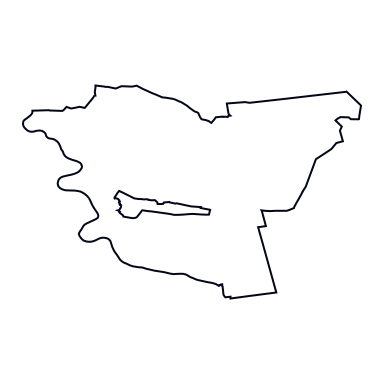 Piltenes pag., Ventspils, Latvia (Natural Earth projection)
{"feature_id": "27541924B30234976546427", "entity_name": "Piltenes pag.", "entity_type": "district", "adm_level": 2, "iso_a3": "LVA", "parent_name": "Latvia", "parent_adm1": "Ventspils", "projection": "natural_earth1", "projection_center": [21.694, 57.236], "detail": "fine", "context": "isolated", "style": "outline", "palette": "ink", "viewbox_px": 384, "rotation_deg": 0, "n_neighbors": 0, "source": "geoboundaries", "source_scale": "gbopen_adm2", "svg_char_len": 5693}
<svg xmlns="http://www.w3.org/2000/svg" viewBox="0 0 384 384"><path d="M197.8,280.0L205.5,281.7L208.3,282.3L211.0,282.7L214.2,283.5L215.1,283.8L215.9,284.1L217.5,285.0L218.6,285.8L219.2,285.7L219.8,285.4L219.7,285.0L220.5,284.8L221.1,284.4L222.2,284.3L222.2,286.2L222.7,286.7L222.7,288.2L222.9,288.8L223.4,294.1L223.6,294.9L223.9,295.5L225.3,297.3L230.5,296.7L230.5,298.5L249.2,296.0L276.3,292.5L275.3,288.9L262.4,242.4L260.6,236.0L259.5,232.3L258.8,229.4L258.1,227.2L265.9,226.1L262.5,213.5L261.8,210.7L261.6,210.4L265.1,210.8L270.0,211.1L275.5,210.8L286.4,210.8L287.5,210.6L289.9,209.7L293.9,208.1L294.3,206.8L296.3,203.1L299.1,198.3L303.0,191.1L302.9,191.1L305.8,186.6L315.9,159.2L326.8,152.1L331.3,149.1L336.4,143.0L342.9,141.3L339.9,130.7L341.8,126.6L336.4,121.3L336.1,121.1L335.5,120.4L338.1,118.3L340.6,117.1L348.8,117.4L350.9,119.2L358.4,119.3L358.5,119.1L359.0,119.0L359.4,115.5L361.0,105.6L360.5,105.0L346.5,91.6L346.2,91.8L342.6,92.2L280.1,99.4L249.6,102.8L245.0,102.1L226.8,103.5L228.5,113.6L228.6,113.9L228.9,114.3L230.3,115.6L228.3,115.9L227.7,117.0L225.2,116.7L222.7,116.9L222.6,116.6L217.0,117.2L216.8,117.2L216.6,117.2L215.9,117.2L213.8,120.1L213.5,120.4L211.3,122.9L208.8,121.2L208.7,121.0L208.0,120.8L207.5,120.8L206.3,120.2L204.5,119.8L203.2,119.6L201.5,119.2L200.6,117.9L200.2,117.4L198.3,113.1L198.2,113.0L196.9,112.2L196.2,112.0L194.3,111.3L193.0,110.3L190.4,108.5L189.0,107.4L187.2,105.8L181.8,102.5L180.1,101.7L179.6,101.6L175.1,99.5L173.1,98.9L165.9,97.7L162.4,97.4L155.2,94.3L154.8,94.2L152.3,93.2L146.6,90.6L143.2,89.1L136.7,85.7L132.1,86.6L121.6,86.2L115.7,88.5L111.2,87.6L110.4,87.4L109.4,87.2L108.5,87.0L107.5,86.9L105.5,86.9L104.4,86.6L95.5,85.5L95.5,86.7L95.4,88.1L95.0,90.6L94.8,91.7L95.4,95.6L94.9,95.6L94.4,95.9L94.1,96.1L93.0,97.9L84.8,107.9L79.9,106.9L79.7,106.8L74.5,107.9L71.0,108.5L66.5,106.9L63.7,110.0L62.4,110.9L49.6,110.5L49.0,110.2L32.4,110.7L32.5,111.5L32.2,113.0L31.7,113.9L31.2,114.6L29.6,116.1L27.3,117.9L24.4,120.0L23.7,120.7L23.2,122.0L23.0,123.9L23.1,124.5L23.4,125.8L23.6,126.3L24.4,127.6L26.2,129.4L27.1,130.2L28.0,130.8L29.2,131.3L30.3,131.6L31.8,131.8L32.6,131.7L33.7,131.6L35.8,131.0L36.7,130.8L38.5,130.6L39.9,130.5L40.5,130.6L42.0,130.9L43.4,131.7L44.2,132.2L45.0,133.0L45.4,133.5L45.8,134.5L46.2,136.0L46.5,136.4L46.7,136.7L48.0,137.9L48.6,138.2L49.2,138.4L52.9,139.0L53.8,139.3L54.6,139.6L57.1,141.4L58.1,142.5L58.8,143.5L59.8,145.4L60.4,146.8L61.2,149.3L61.6,149.9L62.1,150.4L62.8,151.5L63.1,152.1L63.5,153.6L63.8,154.2L64.7,155.5L65.3,156.3L67.2,157.7L68.1,158.2L69.4,158.8L72.2,159.8L76.3,161.0L77.5,161.5L79.1,162.3L80.0,162.8L80.7,163.5L81.1,164.0L81.4,164.7L81.8,165.7L82.0,166.4L81.9,167.0L81.7,168.0L80.8,169.4L79.7,170.8L78.3,172.0L77.4,172.5L76.6,172.9L74.7,173.7L71.7,174.6L66.9,175.6L64.6,176.2L63.7,176.4L62.8,176.6L61.3,177.3L60.6,177.7L59.5,178.7L58.7,179.7L58.5,180.2L58.3,180.8L57.9,182.2L57.7,183.4L57.9,184.8L58.1,185.6L58.4,186.2L58.8,186.8L59.3,187.4L59.9,188.0L61.9,189.2L64.6,190.1L65.8,190.3L71.4,190.5L72.7,190.5L73.9,190.5L77.2,190.9L79.7,191.4L80.8,191.7L84.1,193.5L84.7,193.9L86.3,195.3L87.1,195.9L88.3,197.3L89.7,199.4L90.2,200.5L91.6,203.7L92.5,205.5L94.4,208.7L97.3,212.9L98.0,214.4L98.2,215.1L98.3,215.8L98.2,216.5L98.1,217.1L97.7,217.8L97.1,218.3L95.7,219.2L93.2,220.4L86.3,223.6L85.5,224.1L84.6,224.7L83.8,225.5L83.4,226.1L82.3,227.9L81.2,229.8L80.2,231.1L79.3,232.7L79.0,233.1L78.9,233.7L78.9,234.3L79.4,235.6L79.8,236.4L80.8,237.8L82.4,239.6L83.2,240.2L83.9,240.6L85.8,241.3L87.0,241.6L88.1,241.7L89.5,241.8L90.9,241.7L92.5,241.4L93.3,241.2L95.2,240.5L99.5,238.4L100.5,238.1L101.7,237.8L103.0,237.7L104.6,237.8L106.2,238.1L107.3,238.4L108.2,238.9L109.1,239.6L109.9,240.4L110.3,240.9L110.7,242.0L112.4,247.3L113.8,250.2L114.3,251.2L115.5,253.0L117.1,255.1L119.3,258.5L120.1,259.7L121.0,260.6L121.6,261.1L123.4,262.4L126.8,263.8L130.3,265.5L132.5,266.2L133.5,266.4L135.8,266.8L138.4,267.2L142.0,267.5L143.1,267.7L146.0,268.7L147.4,269.0L154.2,270.6L163.1,272.0L165.7,272.5L169.7,273.5L173.1,274.1L173.9,274.1L177.0,273.9L179.6,273.8L182.2,273.8L183.6,273.9L184.2,274.1L185.5,274.4L186.9,275.0L187.5,275.3L189.5,276.6L190.4,277.1L193.1,278.1L195.1,279.1L196.3,279.5L197.8,280.0ZM177.3,214.9L174.2,214.9L170.5,214.1L168.7,213.8L151.4,211.4L147.9,211.1L142.6,210.3L142.1,210.4L141.9,210.7L138.4,215.2L137.4,216.5L136.8,217.1L136.3,217.5L135.0,217.9L133.3,218.1L132.0,218.1L123.4,216.6L123.0,215.4L121.8,214.4L119.9,213.0L119.6,212.7L119.3,212.3L119.2,212.0L119.2,211.9L119.8,211.6L119.2,211.0L117.8,210.4L118.6,210.2L119.2,209.8L119.4,209.7L119.8,209.0L120.0,208.9L120.2,208.5L120.3,208.1L120.5,208.0L120.8,207.7L120.9,207.3L121.1,206.6L121.1,206.4L121.1,205.9L121.1,205.6L121.2,205.4L121.1,205.1L120.6,205.0L120.5,204.9L120.2,204.8L119.9,204.9L119.7,204.6L119.8,204.3L119.7,204.2L120.0,203.7L120.0,203.4L119.7,203.0L119.1,202.8L119.1,202.6L119.3,202.4L119.2,202.3L119.4,202.2L119.5,201.9L119.3,201.5L119.6,201.3L119.5,201.2L119.3,201.0L119.2,200.8L119.2,200.7L119.4,200.4L119.3,200.2L118.7,199.8L118.4,199.3L118.0,199.0L117.3,198.7L117.2,198.6L116.8,198.5L116.2,198.4L115.6,198.2L115.1,198.3L114.7,198.5L114.5,198.2L114.6,197.5L114.6,197.4L115.0,197.1L115.2,196.8L115.2,196.5L116.6,194.4L117.5,192.9L119.2,190.9L129.8,196.1L134.0,198.3L135.7,198.6L138.4,199.0L141.6,199.1L143.9,199.4L144.4,199.4L146.4,199.2L147.5,199.4L147.4,199.5L147.8,199.7L149.8,200.1L151.8,200.3L154.8,200.1L157.3,202.3L157.6,204.0L161.9,204.0L162.1,203.9L163.2,203.9L163.8,202.5L169.3,202.0L169.4,202.3L175.3,203.6L176.7,203.3L191.0,206.4L201.0,207.1L200.7,208.0L210.1,209.8L209.0,214.6L206.8,214.7L201.4,214.5L194.4,214.0L192.5,213.9L189.3,214.1L183.1,214.6L177.3,214.9Z" fill="none" stroke="#020617" stroke-width="2"/></svg>